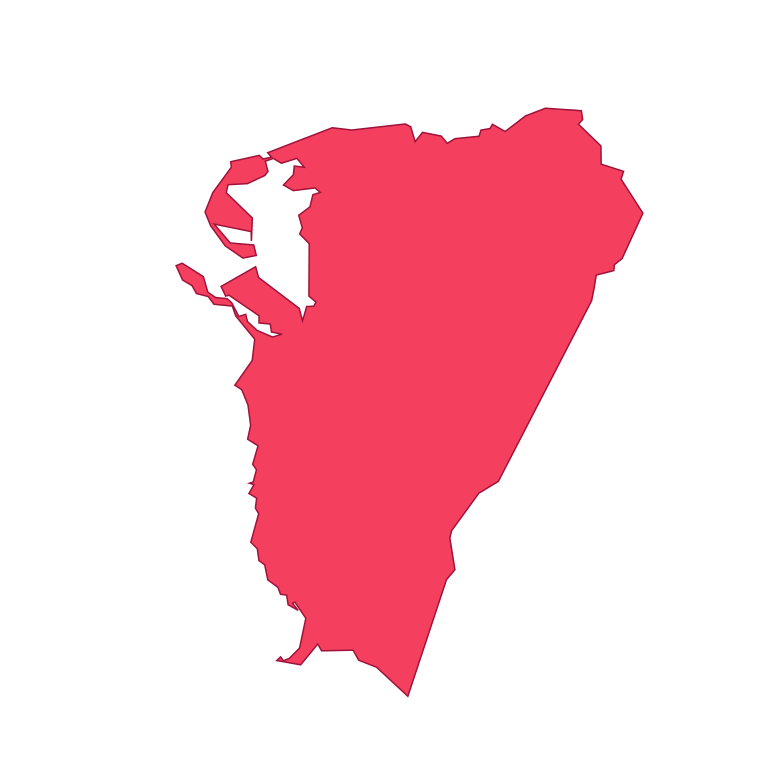 the district of Galway City West Lea-6, Galway, Ireland, rotated 100°
{"feature_id": "5873133B97398643420992", "entity_name": "Galway City West Lea-6", "entity_type": "district", "adm_level": 2, "iso_a3": "IRL", "parent_name": "Ireland", "parent_adm1": "Galway", "projection": "mercator", "projection_center": [-9.109, 53.266], "detail": "fine", "context": "isolated", "style": "filled", "palette": "rose", "viewbox_px": 768, "rotation_deg": 100, "n_neighbors": 0, "source": "geoboundaries", "source_scale": "gbopen_adm2", "svg_char_len": 2014}
<svg xmlns="http://www.w3.org/2000/svg" viewBox="0 0 768 768"><g transform="rotate(100 384 384)"><path d="M191.7,573.5L197.1,572.0L225.1,585.8L245.7,590.1L258.3,582.2L275.5,564.4L284.5,544.8L279.6,532.1L269.7,536.4L271.8,559.9L256.0,579.1L257.0,541.3L266.2,539.4L243.4,542.5L223.0,572.6L214.8,572.2L210.4,553.3L199.2,537.4L194.7,535.2L185.2,539.6L181.1,532.2L184.4,523.4L176.9,508.9L184.4,500.2L184.9,510.2L193.7,509.6L205.5,517.6L209.3,506.9L202.9,485.9L206.4,480.0L209.9,486.9L222.4,487.7L232.7,497.3L244.3,491.6L250.9,493.1L258.8,482.0L310.5,473.2L315.1,465.2L319.6,466.7L321.1,473.6L335.9,475.2L324.3,480.6L300.9,526.0L290.8,530.8L316.2,561.4L324.9,555.2L323.5,552.0L338.5,518.9L345.6,517.7L344.7,506.4L352.4,503.8L352.6,493.1L357.1,502.0L353.2,518.4L346.2,529.3L339.4,532.3L342.7,538.7L330.3,548.2L327.2,553.5L328.1,564.8L324.2,573.4L309.6,580.6L300.1,603.8L303.6,609.3L316.6,600.4L320.5,590.1L327.5,584.4L328.4,572.3L335.0,565.3L333.6,546.9L342.8,541.8L362.3,519.1L383.7,517.9L411.1,530.7L414.3,523.1L428.3,514.3L447.8,508.2L462.1,508.7L466.7,497.3L485.9,499.4L490.6,494.7L503.3,495.8L505.1,499.3L505.7,494.6L515.3,498.0L518.5,489.6L528.5,489.1L533.5,484.9L563.0,487.7L568.2,480.2L579.6,476.5L582.8,470.1L597.1,464.4L602.7,453.1L609.1,449.4L608.8,443.2L618.1,440.1L621.8,429.3L615.9,435.9L614.3,433.9L628.3,420.3L658.7,421.3L670.7,429.6L674.0,435.0L670.7,438.5L675.0,441.6L675.0,417.3L651.6,404.1L657.6,399.1L651.5,368.2L660.4,361.0L664.2,342.2L687.4,306.3L565.8,288.5L554.6,281.9L524.3,292.4L516.8,292.0L475.0,271.6L460.1,254.5L265.9,194.0L252.7,193.7L239.9,193.9L232.4,177.4L226.5,177.8L219.1,171.3L170.8,158.7L141.1,186.1L133.0,185.0L129.8,208.3L111.9,211.7L94.4,237.6L89.0,234.3L80.6,237.1L84.4,273.0L95.4,291.2L114.3,308.5L109.4,322.3L114.0,323.9L117.1,332.6L123.5,333.4L130.1,356.8L136.0,363.5L129.9,370.7L129.5,389.8L140.0,395.4L126.1,402.3L124.2,408.1L139.5,459.9L140.6,479.4L176.4,538.7L180.1,534.2L183.4,542.2L180.5,546.5L191.7,573.5Z" fill="#f43f5e" stroke="#9f1239" stroke-width="1.5"/></g></svg>